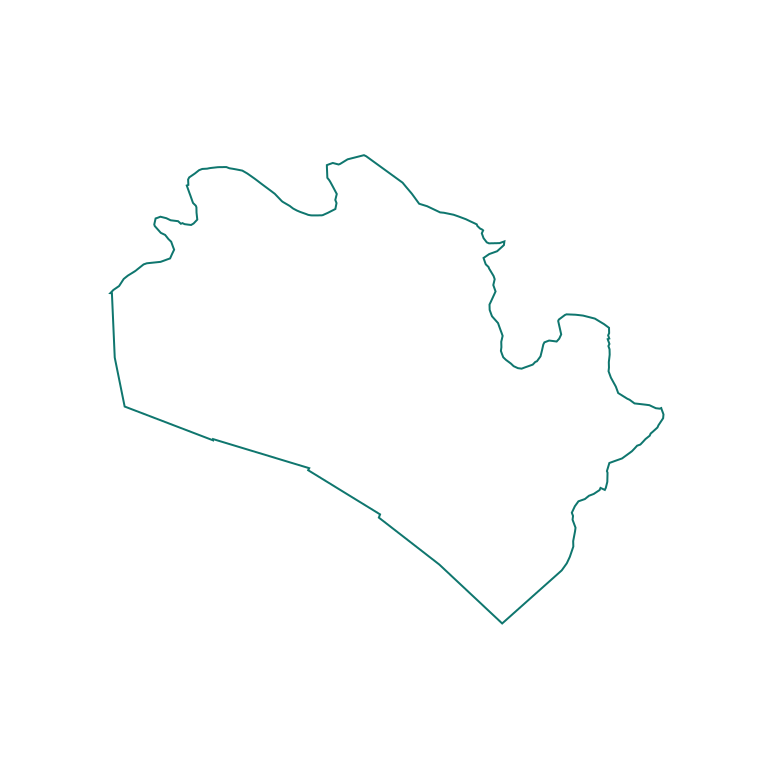 Guhayna Al-Gharbiyya, Suhaj, Egypt (Mercator projection), rotated 339°
{"feature_id": "37247803B67659065091710", "entity_name": "Guhayna Al-Gharbiyya", "entity_type": "district", "adm_level": 2, "iso_a3": "EGY", "parent_name": "Egypt", "parent_adm1": "Suhaj", "projection": "mercator", "projection_center": [31.495, 26.688], "detail": "fine", "context": "isolated", "style": "outline", "palette": "teal", "viewbox_px": 768, "rotation_deg": 339, "n_neighbors": 0, "source": "geoboundaries", "source_scale": "gbopen_adm2", "svg_char_len": 3358}
<svg xmlns="http://www.w3.org/2000/svg" viewBox="0 0 768 768"><g transform="rotate(339 384 384)"><path d="M531.6,276.1L531.0,275.0L529.4,273.3L527.8,269.9L527.8,268.2L526.1,266.4L522.8,263.0L521.2,261.3L519.5,259.5L513.5,254.2L509.6,250.9L501.3,245.6L497.9,243.9L488.0,233.5L483.3,229.8L481.4,228.3L479.2,220.1L478.2,216.4L475.2,207.8L473.5,202.7L453.6,172.1L449.0,165.0L447.3,163.2L430.5,161.2L422.0,162.8L420.3,162.8L415.4,159.3L411.6,159.2L409.1,159.2L408.5,160.8L406.8,165.9L405.0,171.2L405.9,174.0L406.3,176.2L407.0,181.5L408.0,189.7L404.5,194.7L404.5,198.1L401.3,203.2L392.7,204.1L388.9,204.3L387.5,204.4L386.2,204.2L377.5,200.9L376.3,200.4L373.8,198.9L372.3,197.5L367.5,193.4L364.9,190.9L362.1,187.7L360.6,185.3L359.9,184.1L355.4,178.5L354.7,177.6L354.1,176.6L350.2,167.3L345.0,159.0L344.1,157.6L341.2,153.0L338.0,147.8L336.6,145.6L331.9,138.6L331.2,137.7L328.2,134.0L323.1,130.8L319.8,128.8L317.0,127.2L314.6,125.0L311.4,123.8L307.6,122.4L306.4,122.0L299.9,120.3L298.1,119.9L296.1,119.6L291.4,118.1L288.0,118.1L282.9,119.7L276.2,121.3L274.4,122.9L272.7,128.0L271.0,128.0L270.8,136.5L270.8,138.1L270.6,144.9L270.6,146.6L272.2,150.1L272.2,151.8L270.4,156.8L268.6,163.6L263.8,165.9L260.9,166.4L258.4,165.1L255.1,163.3L253.5,161.6L251.8,161.6L250.1,158.2L243.5,154.7L240.2,151.2L235.2,147.7L232.6,147.7L230.1,147.6L226.7,152.7L226.6,154.4L229.8,162.9L233.1,166.4L234.7,171.5L236.3,174.9L236.2,180.0L236.2,183.4L232.7,186.7L229.3,190.1L225.9,190.0L224.2,190.0L219.2,189.9L212.5,188.1L205.8,186.3L202.4,186.2L197.3,187.8L192.2,189.4L183.8,191.0L178.7,192.6L171.8,197.6L165.1,199.2L161.1,201.1L162.5,201.8L142.1,262.8L133.8,312.1L204.2,375.3L204.7,374.2L284.0,435.8L282.3,437.3L333.6,504.3L331.3,506.9L370.9,572.3L408.5,649.9L483.1,621.7L490.4,616.9L495.6,611.9L502.5,603.6L504.3,598.5L509.5,590.1L511.3,586.8L511.4,578.3L513.2,574.9L513.2,571.5L518.4,566.5L523.5,563.2L530.3,563.4L535.3,561.8L540.4,561.8L544.4,560.9L547.2,560.3L548.9,558.6L552.2,562.0L553.9,560.4L557.4,555.4L560.9,546.9L560.9,545.2L566.1,538.5L571.9,538.6L579.6,538.8L591.4,535.6L594.8,534.0L598.2,532.3L601.6,532.4L605.0,530.8L608.4,529.1L613.5,527.5L615.2,525.8L617.5,525.0L623.7,522.6L625.4,520.9L632.3,516.0L634.0,512.6L634.1,509.2L634.1,506.9L634.2,505.8L632.5,505.8L629.1,504.0L625.8,500.6L624.2,498.9L620.9,497.1L614.2,493.6L610.9,491.9L607.6,486.7L605.9,485.0L599.4,476.4L599.5,469.6L598.1,459.4L598.2,452.6L599.9,449.3L601.7,444.2L602.9,441.9L603.7,440.4L605.2,437.5L607.0,432.4L607.1,429.0L608.8,427.4L608.9,422.3L610.6,422.3L610.7,418.9L612.4,417.2L614.2,412.2L610.9,407.0L604.3,398.5L594.4,391.5L591.0,389.7L587.7,388.0L579.4,384.4L577.7,384.4L570.3,386.5L569.2,387.6L567.2,401.2L563.8,404.5L560.4,406.2L557.1,404.4L553.7,402.6L548.7,402.6L546.9,404.2L543.5,409.3L540.0,414.3L534.9,417.6L533.2,417.6L529.8,419.2L524.7,419.1L521.4,419.0L518.0,419.0L514.7,417.2L511.4,413.8L509.8,410.4L506.5,405.2L504.9,401.8L504.9,398.4L505.0,395.0L506.8,391.7L508.6,386.6L512.0,381.6L512.1,378.2L512.1,376.5L512.2,371.4L512.3,368.0L509.1,359.5L509.1,357.8L509.2,352.7L511.0,347.6L512.7,346.0L516.2,342.6L521.3,337.6L521.5,330.8L524.9,325.8L525.0,322.4L523.5,313.9L523.5,312.2L521.9,308.8L521.9,307.1L522.1,302.0L528.8,300.4L537.2,300.6L545.7,297.3L547.5,294.0L542.4,293.9L532.4,290.3L530.7,288.6L529.2,283.5L529.3,278.4L531.6,276.1Z" fill="none" stroke="#0f766e" stroke-width="2"/></g></svg>